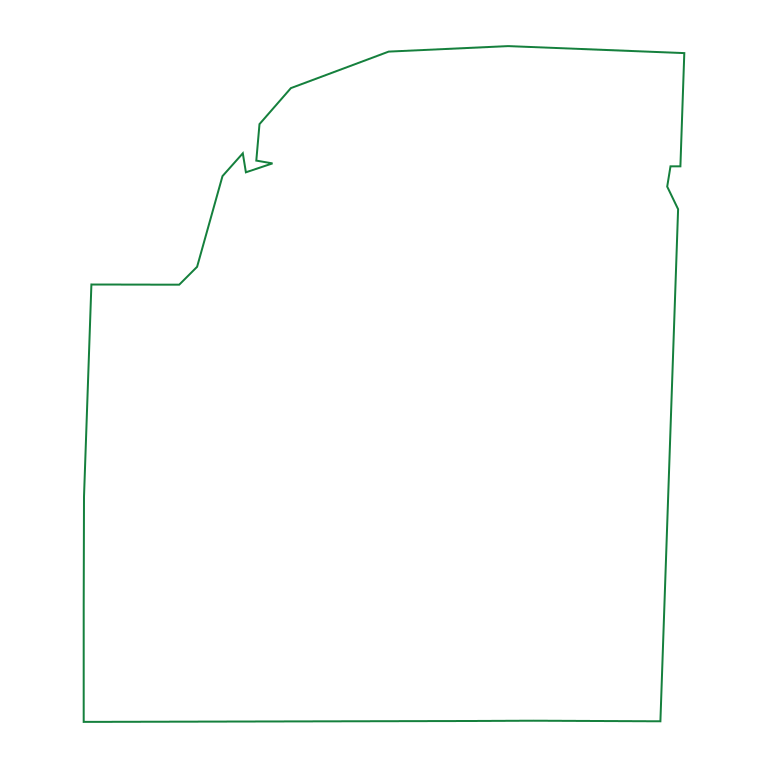 McNairy, Tennessee, United States of America (orthographic projection)
{"feature_id": "52423323B32095866653049", "entity_name": "McNairy", "entity_type": "district", "adm_level": 2, "iso_a3": "USA", "parent_name": "United States of America", "parent_adm1": "Tennessee", "projection": "orthographic", "projection_center": [-88.59, 35.19], "detail": "fine", "context": "isolated", "style": "outline", "palette": "green", "viewbox_px": 768, "rotation_deg": 0, "n_neighbors": 0, "source": "geoboundaries", "source_scale": "gbopen_adm2", "svg_char_len": 406}
<svg xmlns="http://www.w3.org/2000/svg" viewBox="0 0 768 768"><path d="M91.4,284.5L84.0,496.8L83.7,605.3L83.7,721.9L470.5,721.0L533.5,720.7L660.4,721.3L678.1,209.2L667.2,186.6L670.5,166.3L680.4,166.3L684.3,53.1L508.2,46.1L388.7,51.6L290.9,88.1L259.5,124.1L256.3,160.6L272.5,163.4L245.9,172.3L242.8,153.3L222.5,176.1L197.1,266.8L179.2,284.7L91.4,284.5Z" fill="none" stroke="#15803d" stroke-width="2"/></svg>